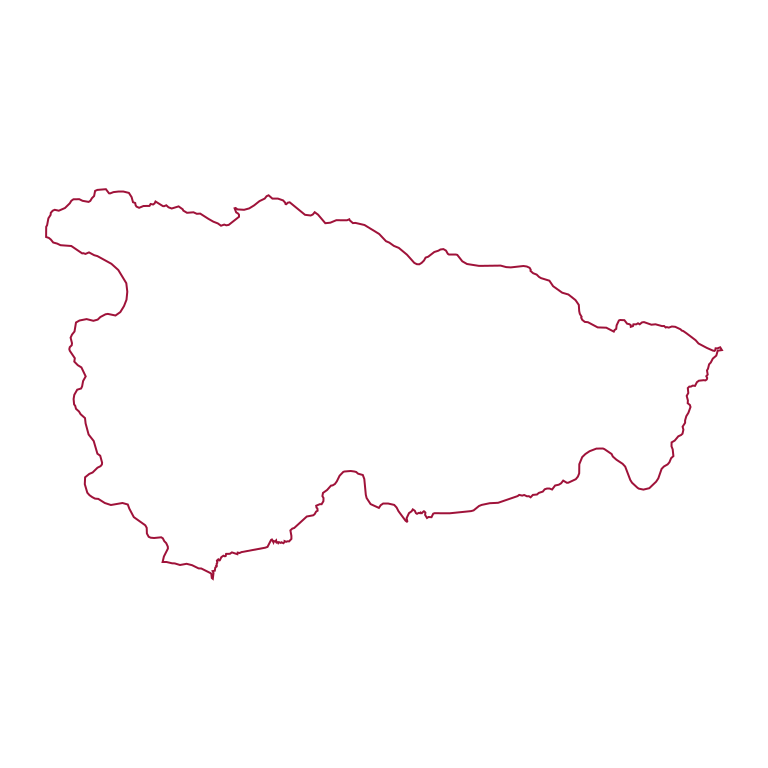 Longcheng, Vientiane, Laos
{"feature_id": "54806243B40000805936315", "entity_name": "Longcheng", "entity_type": "district", "adm_level": 2, "iso_a3": "LAO", "parent_name": "Laos", "parent_adm1": "Vientiane", "projection": "orthographic", "projection_center": [102.87, 19.084], "detail": "fine", "context": "isolated", "style": "outline", "palette": "rose", "viewbox_px": 768, "rotation_deg": 0, "n_neighbors": 0, "source": "geoboundaries", "source_scale": "gbopen_adm2", "svg_char_len": 6050}
<svg xmlns="http://www.w3.org/2000/svg" viewBox="0 0 768 768"><path d="M720.2,347.3L717.3,348.4L715.6,348.3L715.2,350.2L714.5,350.9L712.9,350.6L706.8,347.9L698.5,343.5L695.6,340.2L686.5,333.3L683.2,331.0L681.8,330.6L680.5,329.3L675.2,326.8L671.9,326.5L668.8,327.6L666.8,327.1L665.7,327.5L664.1,326.0L662.1,326.1L655.5,324.3L651.4,324.7L644.0,322.1L642.0,322.4L639.7,324.3L638.0,323.3L636.3,324.3L633.4,324.3L632.9,326.1L630.8,326.8L630.7,325.1L629.4,324.2L627.1,323.7L624.4,320.2L620.1,320.0L618.9,320.5L616.6,325.4L616.2,328.9L614.6,330.0L613.8,331.6L606.3,327.7L597.7,327.4L587.9,322.2L584.8,321.9L582.2,319.8L581.2,317.7L581.6,316.8L579.8,313.8L579.2,311.1L578.8,304.9L575.5,300.1L568.4,294.5L562.2,292.7L553.1,286.2L549.4,280.7L541.0,278.1L539.0,276.9L536.7,274.6L533.1,273.2L530.5,270.9L530.7,269.7L529.6,267.8L526.8,266.5L523.4,266.0L510.8,267.4L506.2,267.1L500.6,265.6L479.1,265.9L467.0,264.0L462.3,261.3L457.3,254.9L455.7,254.5L448.9,254.5L447.8,253.8L446.0,250.6L443.4,249.1L440.4,249.5L438.4,250.7L434.3,252.0L428.2,256.7L425.6,257.6L424.0,260.5L421.6,262.9L419.3,264.3L416.9,264.2L414.3,262.9L407.0,254.7L398.8,247.9L393.9,245.9L389.3,242.6L386.0,241.2L379.2,234.0L364.5,225.0L355.4,222.9L352.9,223.1L349.7,220.3L349.3,219.3L346.9,220.3L336.3,220.2L330.3,222.7L325.3,223.2L318.0,214.6L314.7,212.2L312.8,214.5L310.7,215.5L305.0,214.8L289.7,202.3L287.8,202.7L286.3,204.2L285.6,204.1L285.1,202.6L283.1,200.4L277.9,198.6L272.4,198.6L268.6,195.3L266.6,196.2L264.7,198.6L259.5,201.1L254.1,205.4L249.2,208.4L244.1,209.8L237.5,209.4L235.6,208.0L234.6,208.3L236.2,212.4L238.2,213.6L239.0,214.8L239.0,216.8L228.7,224.9L226.3,225.3L224.2,224.6L221.0,225.7L217.8,223.4L213.4,221.7L208.5,218.9L200.2,213.6L196.8,213.8L193.5,212.3L187.0,212.8L183.3,210.6L182.7,209.3L178.6,206.4L171.7,208.5L168.5,207.3L166.3,205.3L164.1,206.2L162.9,206.1L155.5,201.5L154.6,203.4L153.1,204.5L150.6,204.0L149.5,205.9L143.5,206.0L139.1,207.8L136.5,206.6L135.6,205.2L135.2,203.0L133.0,202.2L131.6,197.1L128.9,192.9L123.2,191.5L118.9,191.5L113.5,192.1L110.1,193.4L109.0,193.3L105.9,189.2L97.4,189.9L95.1,190.9L94.1,196.0L91.9,198.2L90.3,200.9L88.6,201.9L82.5,200.8L79.3,199.2L73.4,199.3L71.3,200.8L69.8,203.3L65.0,208.0L58.8,210.7L54.7,209.8L52.7,210.7L50.8,212.8L50.6,214.9L48.4,218.3L47.1,225.2L46.2,226.8L46.1,237.0L48.8,237.9L50.8,239.5L53.2,242.5L57.2,243.6L60.5,245.2L71.3,246.0L82.2,253.4L83.3,253.2L85.5,253.9L89.0,252.4L94.2,255.2L97.4,256.1L111.4,263.8L118.3,270.0L126.3,283.2L127.3,291.7L126.5,299.7L124.0,306.1L120.3,312.1L115.5,315.5L107.8,313.9L105.5,314.3L100.4,317.0L97.7,319.6L93.4,320.8L86.6,319.1L79.5,320.5L76.0,322.5L74.5,331.5L72.0,334.6L70.6,337.7L72.0,343.2L71.7,345.3L69.8,347.1L69.3,349.1L69.8,350.8L74.8,358.2L74.3,361.6L77.8,365.2L81.4,367.4L85.7,376.4L83.1,381.0L82.1,386.4L81.1,388.5L77.2,389.7L74.3,394.8L73.6,399.0L74.1,404.4L75.2,405.8L76.0,408.8L79.0,411.5L80.6,414.2L85.0,418.1L85.6,423.4L88.6,434.5L93.7,441.0L97.4,453.7L100.2,455.7L102.1,462.7L101.9,464.5L100.5,466.2L97.5,467.7L92.6,472.5L89.3,473.9L85.1,477.3L84.8,484.2L87.3,492.7L89.5,495.2L92.2,497.1L95.0,498.6L98.3,498.9L104.8,503.0L110.9,505.0L122.5,503.0L127.8,504.5L129.3,508.6L133.8,517.1L145.3,525.3L146.7,527.8L146.9,533.5L148.7,536.8L150.7,537.7L154.1,538.0L161.2,537.3L162.8,538.3L164.3,541.2L166.2,543.1L167.8,546.6L167.9,548.6L163.9,556.5L162.6,562.0L166.5,562.0L172.1,563.3L174.7,563.4L180.0,565.0L186.6,563.8L192.1,565.2L198.6,568.4L201.3,568.5L210.1,572.9L211.3,573.7L211.8,578.0L212.8,578.8L213.5,573.0L212.6,571.1L214.8,570.7L215.3,567.5L216.6,566.5L216.2,565.7L216.8,565.2L216.6,563.9L217.3,562.8L216.9,560.6L218.2,559.4L219.0,560.5L219.8,560.3L221.3,557.2L223.4,555.7L224.9,556.3L225.7,556.0L226.1,553.9L229.9,553.8L231.9,552.4L237.4,554.2L237.7,552.6L239.6,553.0L241.5,552.1L265.2,547.7L267.5,546.9L271.1,539.9L271.9,539.5L273.4,542.3L273.7,541.0L275.0,541.5L276.1,540.4L276.3,542.0L277.2,542.1L277.1,542.5L277.9,542.3L278.3,543.1L279.1,542.2L280.8,542.9L281.5,542.3L283.4,543.2L284.6,541.9L284.6,541.1L286.2,541.8L287.4,541.3L289.1,541.4L291.4,538.9L291.4,535.9L290.4,530.4L292.3,528.6L294.2,528.0L306.8,516.5L313.2,515.3L314.6,514.2L316.1,511.6L317.6,510.7L317.4,508.5L316.5,507.6L316.2,505.7L319.8,504.2L321.6,504.2L323.4,501.2L323.5,498.0L322.4,496.1L323.0,492.9L327.1,490.0L331.0,485.6L332.6,485.4L334.9,484.0L336.8,481.4L339.6,475.7L343.3,471.9L344.5,471.5L350.7,471.0L354.3,471.5L356.2,472.0L358.1,473.7L362.8,475.0L364.3,479.0L365.8,494.7L366.6,498.0L370.6,504.1L378.9,507.9L380.7,505.2L383.2,503.5L388.0,503.5L394.2,504.9L396.6,507.5L398.5,511.2L405.6,520.8L406.9,521.7L407.3,521.3L406.6,518.2L409.0,513.1L411.6,511.3L412.8,509.4L414.8,510.8L415.9,513.1L417.0,513.8L418.7,512.9L420.1,513.2L420.5,512.5L421.8,513.2L423.7,511.3L424.3,511.4L425.4,512.6L425.1,514.9L427.0,518.0L428.5,517.0L431.5,517.2L433.2,513.7L434.5,513.2L449.5,513.3L471.1,511.1L473.6,510.4L479.0,506.0L481.7,504.9L489.8,503.2L498.1,502.8L517.6,496.1L519.2,494.9L522.2,495.6L524.2,495.0L527.0,496.3L528.9,496.2L530.6,497.3L532.9,494.9L537.0,494.5L538.8,492.9L542.8,491.6L544.7,489.3L547.1,488.5L549.4,488.5L552.1,489.5L555.1,485.5L558.8,484.7L561.1,483.3L563.2,480.6L566.9,482.8L568.3,482.7L575.8,479.2L577.9,476.6L579.2,473.3L579.3,464.2L582.2,457.1L585.4,454.0L589.6,451.2L596.4,448.6L602.9,448.5L604.4,449.1L611.6,454.0L612.8,456.5L616.4,459.7L622.6,463.8L625.2,466.6L630.3,480.0L632.0,482.7L637.4,487.7L638.7,488.6L643.4,489.6L649.3,488.2L656.1,481.7L658.3,478.4L661.6,468.9L663.9,466.5L667.6,464.4L669.4,462.3L671.1,458.2L673.4,456.1L672.7,449.4L671.5,446.3L671.6,442.4L674.7,440.6L678.3,436.3L681.1,435.0L682.5,433.7L683.4,429.7L682.6,426.7L685.1,422.8L685.1,420.4L686.3,416.2L688.4,412.8L690.5,407.0L689.9,405.0L687.7,403.2L687.9,400.5L686.7,395.9L688.3,393.0L687.8,388.1L689.3,386.6L690.9,386.6L692.8,385.6L695.0,385.9L696.9,382.2L698.9,380.7L703.6,380.2L705.5,380.4L706.8,379.4L707.2,378.0L706.3,376.2L707.7,374.6L707.0,370.4L708.0,368.7L709.1,364.3L710.8,362.5L712.8,358.6L716.3,355.6L717.7,350.7L721.9,350.1L720.2,347.3Z" fill="none" stroke="#9f1239" stroke-width="2"/></svg>